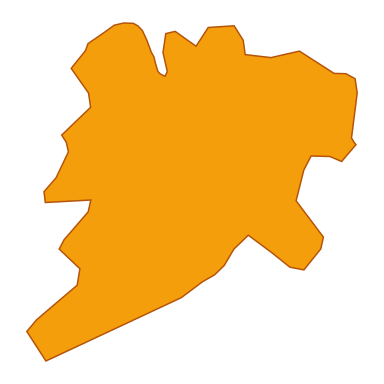 outline of Qurin, Ash Sharqiyah, Egypt
{"feature_id": "37247803B18399614023642", "entity_name": "Qurin", "entity_type": "district", "adm_level": 2, "iso_a3": "EGY", "parent_name": "Egypt", "parent_adm1": "Ash Sharqiyah", "projection": "mercator", "projection_center": [31.743, 30.611], "detail": "fine", "context": "isolated", "style": "filled", "palette": "amber", "viewbox_px": 384, "rotation_deg": 0, "n_neighbors": 0, "source": "geoboundaries", "source_scale": "gbopen_adm2", "svg_char_len": 1139}
<svg xmlns="http://www.w3.org/2000/svg" viewBox="0 0 384 384"><path d="M45.9,361.0L181.2,297.7L202.7,281.6L214.6,274.8L224.2,265.5L233.9,249.1L248.3,235.2L271.4,252.4L289.9,267.2L303.9,269.9L320.8,248.9L323.4,237.1L296.1,200.8L303.8,170.1L311.1,156.0L329.9,156.5L341.6,161.5L356.0,144.6L354.2,142.5L351.5,138.0L354.2,116.7L354.8,112.0L357.2,93.0L355.1,78.7L345.9,73.7L334.1,73.4L317.1,62.5L299.4,51.1L271.0,57.6L245.2,54.6L243.2,40.2L237.6,31.3L234.1,25.8L220.1,26.7L212.7,27.2L208.2,27.5L205.4,31.9L197.8,43.5L196.1,46.2L187.5,40.2L175.2,31.4L170.8,32.4L165.8,33.6L163.0,52.5L167.3,71.6L164.9,76.3L160.2,73.9L157.9,71.4L155.7,64.2L153.9,56.8L151.3,52.2L148.7,45.2L146.9,40.3L142.4,30.6L137.8,25.8L133.1,23.3L128.4,23.2L123.7,23.0L114.3,25.2L110.1,28.2L104.7,32.1L88.0,43.6L85.5,50.6L71.2,68.4L88.5,93.0L89.6,100.3L90.6,107.3L71.3,125.8L64.1,132.8L61.7,135.1L66.3,142.3L68.4,151.9L56.1,177.7L44.0,191.7L45.3,202.5L67.3,201.3L90.8,200.0L88.2,211.8L78.3,223.3L64.1,239.7L59.2,249.1L77.4,266.4L79.9,268.6L77.2,285.2L59.4,300.3L47.9,310.1L36.5,319.9L26.8,331.5L36.1,345.8L45.9,361.0Z" fill="#f59e0b" stroke="#b45309" stroke-width="1.5"/></svg>